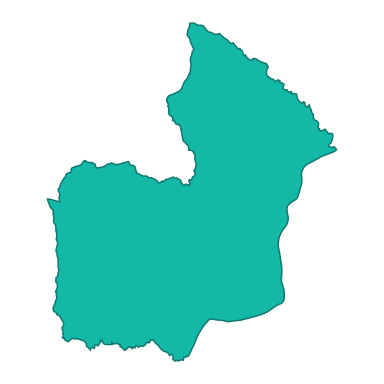 outline of Palmeirante, Tocantins, Brazil
{"feature_id": "56859067B84027075670331", "entity_name": "Palmeirante", "entity_type": "district", "adm_level": 2, "iso_a3": "BRA", "parent_name": "Brazil", "parent_adm1": "Tocantins", "projection": "natural_earth1", "projection_center": [-48.155, -7.846], "detail": "fine", "context": "isolated", "style": "filled", "palette": "teal", "viewbox_px": 384, "rotation_deg": 0, "n_neighbors": 0, "source": "geoboundaries", "source_scale": "gbopen_adm2", "svg_char_len": 5908}
<svg xmlns="http://www.w3.org/2000/svg" viewBox="0 0 384 384"><path d="M190.0,23.1L189.6,25.8L189.0,28.0L187.8,30.2L187.3,33.7L187.3,35.3L189.7,38.6L190.5,42.2L193.9,49.4L192.6,51.2L192.0,52.8L191.8,54.8L190.4,58.0L190.5,61.5L190.7,63.0L191.3,64.4L190.5,67.9L190.5,70.3L189.9,72.4L188.2,75.9L187.8,77.7L184.9,81.1L183.7,83.3L181.8,88.2L180.5,89.8L179.7,91.2L178.0,91.7L176.1,92.6L174.5,93.5L172.5,94.4L170.4,95.0L168.4,96.2L167.4,97.7L166.8,99.1L166.7,100.9L167.2,102.5L168.4,104.3L167.8,106.3L168.7,107.5L168.6,109.8L168.9,111.6L168.6,113.3L169.8,115.4L171.4,116.0L172.8,117.8L172.6,120.6L174.3,121.0L175.2,122.8L176.2,124.2L177.8,124.3L180.1,125.8L180.9,128.8L181.2,131.1L181.8,133.0L182.1,135.4L182.5,137.5L182.8,139.7L183.6,141.3L185.3,142.6L186.4,144.3L187.8,144.9L188.7,147.6L188.7,150.1L192.0,150.6L193.2,151.6L193.7,153.3L194.9,154.4L195.2,155.9L194.8,157.5L194.8,159.6L196.2,163.4L195.7,167.4L195.1,169.2L194.0,170.7L195.3,174.0L194.5,175.8L193.3,176.4L192.1,177.6L192.1,179.4L190.8,180.1L189.4,179.5L188.9,181.2L189.8,182.7L190.0,184.6L189.2,185.7L187.7,184.5L185.8,184.2L184.4,185.2L183.0,185.2L181.8,183.0L180.5,182.2L180.9,180.4L179.2,179.4L176.2,177.9L174.6,178.3L173.2,177.0L171.6,177.9L169.9,178.2L168.2,179.3L166.5,179.2L165.2,180.0L163.5,181.6L161.9,181.1L160.4,182.6L158.2,182.7L157.2,180.8L154.2,179.0L150.8,177.6L149.0,178.0L147.6,176.7L146.2,175.9L144.2,176.1L141.9,175.7L140.3,174.6L136.6,173.0L136.1,171.0L134.8,166.3L132.9,165.2L130.7,165.4L129.5,163.5L128.7,161.7L127.4,161.8L125.7,162.5L123.6,162.6L121.8,163.5L120.3,163.8L118.4,164.4L116.1,164.7L111.3,162.9L109.7,164.0L107.9,164.0L106.1,165.3L102.1,167.3L100.0,167.4L98.4,167.9L96.9,167.9L95.3,166.5L95.4,164.9L94.5,163.8L93.2,163.4L92.0,162.5L88.5,162.5L87.1,162.1L85.4,160.6L83.4,161.3L82.3,163.4L81.2,164.7L77.3,166.3L75.9,166.3L74.1,167.2L72.0,167.9L71.1,169.4L71.3,171.2L70.3,172.8L68.7,172.6L66.7,173.9L65.8,175.5L65.1,177.3L63.8,178.5L60.7,183.9L60.0,186.0L59.7,188.0L58.3,188.9L58.1,190.7L60.1,194.1L59.0,197.9L59.4,200.2L59.5,201.9L50.2,199.3L47.5,199.0L47.9,200.9L49.6,205.1L50.1,206.7L50.9,208.0L52.1,209.0L53.0,210.5L53.3,212.5L53.2,214.5L53.8,216.9L53.6,221.0L54.2,223.3L55.7,225.3L55.9,228.1L55.9,230.9L56.6,233.1L56.9,235.4L56.2,239.2L57.2,241.0L57.6,243.5L57.3,245.2L56.2,248.8L56.1,251.6L57.1,253.5L57.1,255.5L57.6,257.5L58.2,259.2L58.1,267.2L59.0,269.9L58.3,272.2L57.3,277.1L55.9,277.8L56.0,279.7L55.7,282.0L57.1,282.8L57.3,284.9L57.4,287.5L56.6,289.7L55.6,291.4L56.4,293.2L56.4,296.0L56.9,298.3L55.4,301.5L55.0,303.6L53.8,306.0L53.1,308.1L53.3,310.0L54.0,311.7L55.4,311.9L57.5,315.1L59.2,315.2L61.4,319.2L63.7,322.9L63.4,325.6L62.1,327.4L62.2,329.6L63.2,331.4L62.7,333.6L63.6,335.6L62.4,337.1L63.2,338.4L64.5,338.2L65.0,340.0L66.4,340.9L68.0,341.6L69.9,340.3L71.1,339.0L72.4,338.2L74.7,339.1L76.4,338.8L78.5,338.9L82.5,340.5L84.2,340.9L85.7,343.0L86.5,344.7L86.5,346.4L87.9,347.3L90.3,349.9L90.6,348.1L92.2,347.4L94.1,348.5L94.8,347.1L94.7,345.3L96.1,344.4L97.7,345.9L99.1,344.2L100.2,342.3L100.4,340.4L102.0,340.0L102.0,341.7L104.3,344.1L105.8,344.5L110.5,344.6L112.1,344.5L111.9,342.5L113.7,344.0L116.8,343.3L118.6,344.3L120.4,344.5L120.0,346.6L122.0,347.3L123.4,349.3L124.7,350.4L126.8,348.9L129.3,346.4L130.9,347.5L132.2,348.6L133.0,347.3L135.0,347.9L135.5,346.1L137.2,345.9L138.7,347.3L140.4,345.8L142.4,346.3L144.1,345.9L147.7,342.1L149.0,342.9L150.0,341.6L150.5,339.7L152.2,340.2L154.1,340.4L154.6,342.0L156.2,343.8L158.2,345.2L160.6,348.8L161.9,349.5L163.2,350.9L164.8,351.6L166.9,352.1L168.6,353.8L169.7,355.5L171.6,354.3L173.0,356.1L173.1,357.7L172.8,359.3L175.0,361.0L177.0,360.3L178.3,361.0L180.2,360.1L181.9,359.8L183.3,360.2L183.9,357.0L186.1,357.1L188.5,355.9L189.8,353.6L191.5,349.7L193.6,345.7L197.4,336.3L199.2,332.8L200.4,331.0L202.2,327.8L203.2,326.4L208.5,320.1L210.6,319.1L212.6,319.1L216.9,320.0L221.8,320.3L225.3,321.0L227.0,321.5L228.8,321.7L232.6,321.0L240.7,320.2L246.4,318.7L257.1,315.8L262.9,313.9L267.3,311.9L276.0,305.9L277.8,304.8L280.1,304.0L281.7,303.2L283.0,301.8L283.8,300.2L284.2,298.7L284.2,291.2L283.6,288.6L281.8,282.4L281.4,280.6L281.4,278.7L281.9,270.9L281.8,268.4L281.6,265.7L280.5,259.3L279.6,252.9L278.6,248.2L278.2,245.1L278.3,242.8L278.8,238.9L279.3,237.2L280.1,234.9L281.1,232.7L283.4,229.1L284.9,227.3L286.2,225.5L287.0,223.9L287.7,222.0L288.1,220.0L288.3,218.2L288.0,216.1L287.1,211.5L286.9,209.0L287.4,206.3L289.1,204.0L292.4,201.5L295.6,199.6L296.8,198.5L297.8,196.5L299.4,191.9L300.7,186.6L301.2,185.2L301.7,183.0L301.9,180.8L301.9,178.8L301.4,174.6L301.6,172.5L302.5,169.8L303.5,168.0L304.7,166.3L307.4,164.1L312.8,161.4L320.8,156.9L322.6,156.0L332.2,152.4L335.5,150.7L336.5,149.5L335.3,148.0L333.9,146.8L332.2,147.3L330.6,147.3L328.7,146.4L329.3,144.5L330.7,143.2L332.2,139.8L332.9,135.5L332.0,133.4L329.8,133.6L328.0,133.1L325.2,129.2L323.1,130.3L321.2,131.0L319.8,130.4L319.4,128.6L317.5,127.7L318.3,126.3L318.5,124.7L318.5,122.9L317.5,121.4L314.7,120.1L313.4,118.1L313.4,114.4L312.0,113.0L311.1,109.6L310.0,107.7L309.2,104.9L308.2,106.1L306.9,107.0L305.5,106.1L304.7,104.7L304.9,102.6L303.4,101.8L302.7,103.1L300.9,102.8L298.1,100.0L296.7,95.9L296.6,94.0L294.8,93.9L293.1,93.3L291.2,93.6L291.3,91.7L289.7,92.3L288.1,91.7L287.0,89.9L285.1,89.8L282.9,88.8L284.0,84.3L281.8,82.9L279.9,82.6L279.9,80.5L278.2,80.0L276.6,80.5L275.1,81.8L274.2,80.6L273.5,79.3L271.6,79.1L268.1,76.5L267.0,75.5L266.7,73.8L266.2,72.2L266.9,70.4L267.1,68.5L268.3,67.3L266.5,63.8L261.8,62.2L259.8,61.1L258.1,60.5L256.6,59.2L254.5,58.5L252.8,58.8L251.9,60.2L250.4,60.1L248.6,59.1L246.7,57.3L245.6,55.1L244.3,55.9L242.6,52.5L242.1,50.8L240.8,49.7L239.8,48.4L237.8,48.9L236.7,47.1L234.1,44.3L233.1,42.8L231.4,43.7L229.8,42.6L228.6,41.4L227.5,40.0L226.0,39.2L224.7,38.1L221.1,35.4L219.8,33.6L214.7,34.5L211.6,32.6L208.0,31.7L206.5,30.1L205.4,28.5L203.3,26.0L201.5,25.3L197.8,25.3L194.8,23.4L193.2,23.0L191.6,23.5L190.0,23.1Z" fill="#14b8a6" stroke="#0f766e" stroke-width="1.5"/></svg>